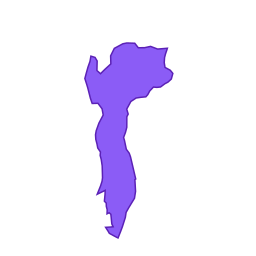 Mesogi, Paphos, Cyprus, rotated 321°
{"feature_id": "46923920B58630451214078", "entity_name": "Mesogi", "entity_type": "district", "adm_level": 2, "iso_a3": "CYP", "parent_name": "Cyprus", "parent_adm1": "Paphos", "projection": "natural_earth1", "projection_center": [32.455, 34.811], "detail": "fine", "context": "isolated", "style": "filled", "palette": "violet", "viewbox_px": 256, "rotation_deg": 321, "n_neighbors": 0, "source": "geoboundaries", "source_scale": "gbopen_adm2", "svg_char_len": 1292}
<svg xmlns="http://www.w3.org/2000/svg" viewBox="0 0 256 256"><g transform="rotate(321 128 128)"><path d="M101.9,172.5L111.8,152.0L113.1,148.3L113.3,143.5L117.5,135.3L118.6,132.6L123.3,129.8L127.5,126.7L134.2,118.5L136.9,117.3L138.9,112.5L146.9,109.2L153.2,109.8L157.4,112.3L161.5,115.0L164.4,114.5L168.2,112.9L173.5,112.2L176.0,114.6L179.1,116.6L184.5,116.8L187.9,117.5L192.5,117.2L197.2,113.8L197.2,109.7L194.9,104.2L197.3,100.0L200.7,96.3L203.8,94.0L207.0,92.0L208.8,90.8L200.7,85.3L196.9,78.8L191.4,76.0L186.5,72.1L186.6,66.4L180.6,61.2L177.0,59.3L167.5,57.5L159.9,61.0L155.0,67.4L146.9,67.9L140.8,68.5L140.0,63.8L146.2,56.5L146.8,52.4L144.4,48.8L140.4,52.3L135.2,55.5L130.4,58.9L125.6,62.4L123.3,68.3L121.8,71.9L117.5,81.2L115.6,86.4L120.2,89.9L119.9,96.8L116.9,102.3L108.5,105.9L101.6,110.1L98.5,112.8L95.8,116.6L93.9,120.8L91.9,124.5L91.5,129.3L89.1,131.8L87.4,135.6L84.1,141.2L76.9,150.6L74.4,153.0L70.3,155.7L62.4,160.1L71.0,162.1L68.5,165.0L63.6,170.0L63.8,172.7L61.8,175.3L60.4,178.4L57.7,181.5L60.0,182.0L60.4,184.2L58.8,186.7L56.2,190.6L55.0,192.5L54.3,195.4L51.7,193.7L48.1,191.1L47.6,195.7L47.2,198.2L51.0,207.2L56.9,203.9L61.5,201.2L69.7,195.8L73.4,192.4L78.4,190.4L88.8,186.7L94.0,182.0L100.9,172.4L101.9,172.5Z" fill="#8b5cf6" stroke="#5b21b6" stroke-width="1.5"/></g></svg>